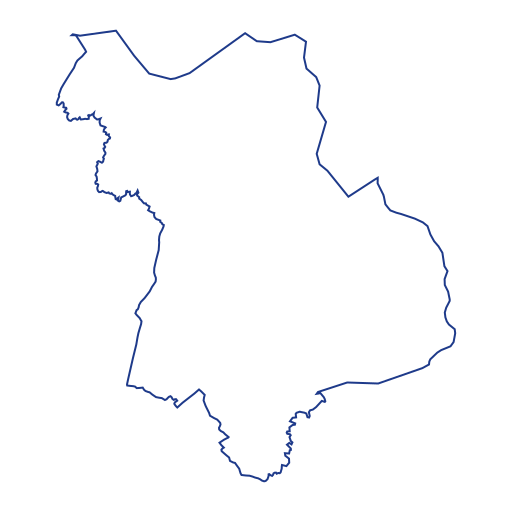 Kangaba, Koulikoro, Mali
{"feature_id": "8926073B95674786747910", "entity_name": "Kangaba", "entity_type": "district", "adm_level": 2, "iso_a3": "MLI", "parent_name": "Mali", "parent_adm1": "Koulikoro", "projection": "mercator", "projection_center": [-8.71, 11.908], "detail": "fine", "context": "isolated", "style": "outline", "palette": "blue", "viewbox_px": 512, "rotation_deg": 0, "n_neighbors": 0, "source": "geoboundaries", "source_scale": "gbopen_adm2", "svg_char_len": 5906}
<svg xmlns="http://www.w3.org/2000/svg" viewBox="0 0 512 512"><path d="M435.2,354.6L437.3,352.6L441.2,350.1L446.6,347.9L450.5,346.3L453.2,342.6L453.6,342.0L454.8,335.5L455.2,333.2L454.7,329.2L448.9,324.5L446.8,321.4L446.5,320.5L445.4,317.4L444.8,312.5L446.2,307.7L449.7,300.9L449.7,299.8L449.7,299.4L448.1,291.6L444.8,285.0L444.6,279.1L447.5,271.1L444.4,266.2L442.4,252.8L438.3,246.0L438.1,245.9L434.1,241.2L430.4,234.5L427.5,226.1L422.9,222.4L414.8,218.6L401.1,214.0L396.3,212.7L390.3,210.4L390.0,210.0L388.0,207.6L385.4,204.3L383.8,196.2L383.5,195.7L383.5,195.1L381.0,190.1L377.6,183.3L377.7,179.9L377.7,177.8L374.7,179.6L348.4,196.7L327.4,170.7L319.6,164.3L316.7,153.8L326.0,121.9L317.2,107.5L319.6,85.6L316.2,77.1L306.5,68.6L304.0,57.6L306.0,41.7L294.8,34.7L270.4,42.2L256.8,41.2L245.1,33.2L189.6,73.1L175.2,78.4L170.6,79.1L149.2,73.6L134.1,55.7L116.0,30.7L80.0,35.7L72.8,34.3L71.8,35.2L74.8,35.2L76.2,35.7L85.1,49.7L86.1,51.8L84.2,53.9L82.2,56.3L79.3,58.8L77.4,60.5L75.8,63.1L74.0,67.8L69.7,74.3L63.7,84.0L61.2,88.3L58.8,94.8L59.2,96.5L57.9,99.5L57.0,102.0L56.8,102.3L56.8,104.6L58.7,105.4L59.8,104.5L60.2,104.1L60.9,103.5L61.8,102.4L62.8,102.3L63.6,103.4L63.7,105.4L63.6,106.3L63.4,107.2L63.8,107.3L64.8,107.6L66.2,107.8L66.5,108.8L65.0,110.4L64.2,111.7L65.5,112.4L67.6,112.8L68.4,113.6L67.4,115.2L67.1,117.1L67.7,118.9L68.4,119.7L69.2,120.5L70.9,120.9L72.0,119.9L72.8,119.3L73.0,119.0L74.3,118.7L75.6,118.4L76.6,119.5L77.3,119.7L78.4,119.1L79.1,117.8L79.7,117.3L80.3,118.6L80.9,119.5L82.3,119.3L83.2,119.2L85.1,118.8L87.0,119.1L88.7,118.8L88.8,116.9L88.2,115.4L89.0,115.0L89.9,115.7L90.7,115.3L91.0,115.1L91.8,114.5L92.8,114.2L93.9,113.0L93.4,115.6L94.6,117.6L97.1,119.5L98.7,119.2L100.5,118.5L99.7,120.2L99.6,122.6L100.5,125.4L103.1,126.3L105.2,127.0L105.7,127.4L104.6,128.5L103.9,129.7L103.6,131.6L105.3,132.0L106.2,132.6L105.9,134.2L107.1,134.9L108.1,134.4L108.9,134.4L108.7,135.6L109.0,136.4L110.1,137.4L109.9,138.5L108.8,139.0L107.8,140.0L107.5,141.7L106.5,142.7L104.5,142.9L103.9,144.2L104.6,145.9L105.2,146.9L104.5,148.0L103.5,148.5L104.2,150.8L105.4,152.6L105.4,153.9L104.4,155.2L103.5,156.6L103.1,157.5L103.9,158.7L103.4,160.1L103.1,161.6L101.9,162.7L100.3,161.9L100.2,161.8L98.4,161.1L97.1,162.2L97.8,163.6L97.3,164.8L97.1,165.0L96.4,166.4L97.2,168.9L97.5,171.3L96.0,173.5L95.5,175.0L96.6,176.6L96.9,178.6L97.0,180.5L95.7,181.4L95.3,182.7L95.7,183.8L97.3,183.9L98.2,184.5L97.9,186.2L97.3,187.5L97.3,189.0L97.9,190.8L98.6,191.6L99.1,192.1L100.8,192.0L102.4,190.9L103.3,191.2L104.3,192.1L106.7,193.0L108.6,192.4L109.3,193.4L110.9,193.8L111.7,193.2L112.5,194.3L113.6,195.1L115.2,195.9L115.3,197.2L115.7,199.1L116.4,199.1L117.4,198.3L118.1,197.8L118.5,197.5L118.2,199.1L117.6,200.4L119.2,201.4L120.3,200.8L121.2,197.4L123.3,196.4L125.4,195.3L126.1,194.2L126.1,192.8L126.2,191.5L126.2,191.2L127.1,190.9L127.6,192.1L128.8,191.8L129.9,191.7L129.8,193.2L129.9,194.1L130.0,194.5L131.1,196.2L132.2,195.9L134.3,194.9L135.1,193.9L135.3,193.6L136.5,193.0L136.8,192.2L137.6,190.5L138.4,192.7L136.9,194.5L137.2,195.6L139.2,197.2L139.2,198.6L141.2,200.0L143.0,202.3L144.1,203.4L145.9,203.4L146.3,204.6L147.8,205.5L149.6,206.5L148.9,208.8L148.1,210.2L149.6,211.2L152.5,212.6L154.3,213.0L154.0,214.9L154.5,217.1L156.2,219.0L158.4,219.8L160.3,220.5L160.2,221.8L161.9,223.1L162.3,224.2L163.8,225.0L163.5,226.6L162.2,229.7L160.2,233.4L159.3,236.5L159.0,240.0L159.2,242.3L158.7,250.1L156.2,259.6L154.3,268.0L154.1,272.6L154.9,275.4L155.8,277.6L155.9,279.4L155.6,281.6L153.9,284.2L152.0,286.9L149.7,291.4L144.9,297.7L144.3,298.4L140.8,302.0L139.1,305.0L138.6,307.4L137.8,309.3L136.6,310.1L135.4,313.3L136.6,314.9L139.7,318.1L140.9,320.3L141.5,321.2L141.1,324.1L140.2,327.0L139.8,328.3L138.4,333.1L137.5,337.4L136.3,344.5L132.9,358.3L128.2,378.9L127.0,384.4L127.2,385.5L130.2,385.9L133.4,386.2L135.1,386.6L136.7,388.1L138.9,388.0L141.9,387.7L142.7,387.6L144.0,389.7L145.5,391.0L148.2,392.0L149.6,392.3L152.2,394.5L156.0,397.1L159.0,397.7L161.8,398.1L164.1,399.5L164.9,400.0L166.5,399.3L168.0,397.7L169.0,396.8L170.5,396.2L171.6,397.2L172.5,399.0L173.8,399.9L175.0,399.2L176.1,399.2L177.2,400.7L174.8,402.4L174.3,403.8L175.3,405.3L176.3,406.5L177.3,407.5L182.6,402.7L191.6,395.7L194.3,393.6L199.0,389.5L201.2,391.4L203.2,393.4L204.7,394.9L204.0,397.6L203.6,400.5L205.5,405.6L206.4,407.5L209.1,412.9L210.0,415.7L214.1,418.1L217.2,419.6L218.7,421.2L220.2,422.9L220.5,424.5L219.9,426.1L219.0,427.8L219.2,429.5L220.9,431.1L223.3,432.3L225.2,434.3L227.4,436.1L228.6,437.1L228.1,437.7L226.9,438.2L224.0,439.7L219.5,442.7L221.3,445.1L222.9,446.7L223.8,447.6L222.4,448.5L221.4,449.7L221.7,451.2L224.2,453.4L226.5,455.4L229.1,457.5L230.0,460.9L233.2,462.5L235.0,462.9L236.9,465.6L239.2,468.7L240.0,471.5L240.6,473.4L241.5,475.0L245.9,475.5L249.5,475.7L252.6,476.6L254.9,477.5L257.6,478.2L258.1,478.3L259.7,479.1L260.2,479.3L260.5,479.6L261.2,480.0L262.0,480.6L264.1,481.3L265.1,481.1L266.0,480.7L266.5,480.1L267.5,479.2L268.6,476.0L268.6,474.3L269.2,474.1L270.4,475.1L272.1,475.9L273.1,474.8L273.5,473.4L274.6,472.7L276.0,472.6L276.7,473.7L277.1,473.5L277.8,473.2L278.2,473.0L278.4,473.0L279.7,473.2L279.9,473.0L280.3,472.7L280.6,472.4L281.7,468.6L281.8,466.2L282.0,465.0L286.4,466.1L289.2,462.7L289.0,458.6L285.3,455.7L284.9,453.2L289.1,453.5L289.8,450.2L290.9,449.9L290.8,448.5L287.0,444.7L289.3,442.9L291.5,444.4L292.4,442.4L290.8,441.0L289.5,437.1L290.7,435.2L289.9,434.2L287.3,433.8L286.7,432.7L287.2,431.5L289.7,431.3L289.4,427.4L292.6,425.0L294.9,424.7L295.2,423.4L290.0,421.3L292.6,417.8L296.1,417.4L295.7,413.9L296.2,413.3L296.5,412.8L299.8,411.7L300.9,412.0L304.5,412.7L306.3,413.5L307.5,417.2L309.1,417.5L309.7,416.0L308.9,412.2L310.1,410.3L312.8,409.6L316.1,407.1L321.8,400.9L324.8,401.9L325.3,401.3L324.7,399.0L323.8,397.2L320.3,393.0L318.7,393.5L316.7,393.8L318.0,392.0L347.2,382.5L378.2,383.5L422.4,368.1L429.0,364.5L429.3,361.6L430.3,359.3L435.2,354.6Z" fill="none" stroke="#1e3a8a" stroke-width="2"/></svg>